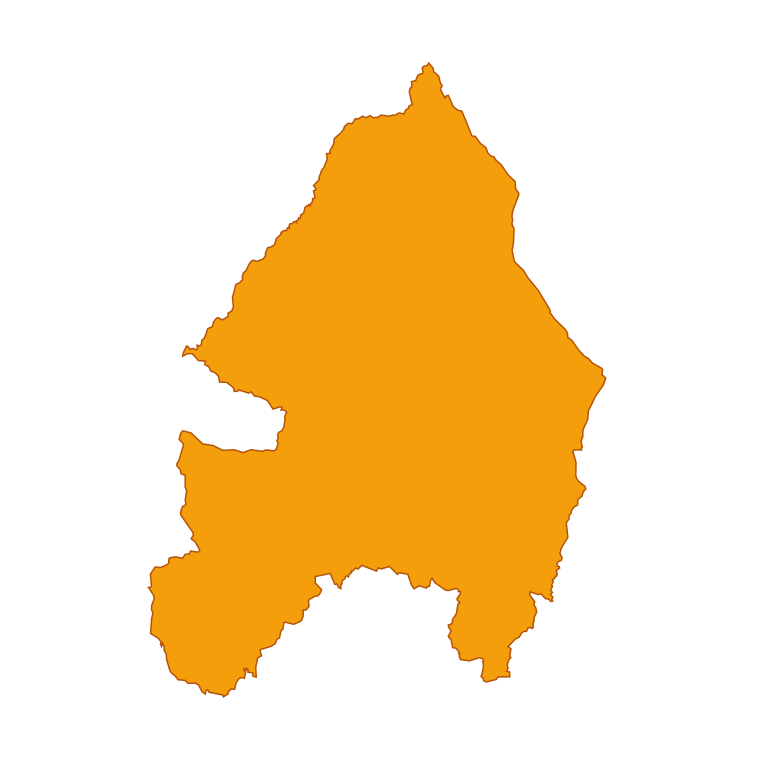 the district of Wonosobo, Jawa Tengah, Indonesia, rotated 4°
{"feature_id": "22746128B92173297199140", "entity_name": "Wonosobo", "entity_type": "district", "adm_level": 2, "iso_a3": "IDN", "parent_name": "Indonesia", "parent_adm1": "Jawa Tengah", "projection": "natural_earth1", "projection_center": [109.905, -7.4], "detail": "fine", "context": "isolated", "style": "filled", "palette": "amber", "viewbox_px": 768, "rotation_deg": 4, "n_neighbors": 0, "source": "geoboundaries", "source_scale": "gbopen_adm2", "svg_char_len": 6146}
<svg xmlns="http://www.w3.org/2000/svg" viewBox="0 0 768 768"><g transform="rotate(4 384 384)"><path d="M182.9,478.4L183.3,480.4L186.6,483.4L187.9,487.8L192.0,488.9L192.9,500.7L194.6,504.2L193.8,513.6L194.8,518.1L191.6,520.4L190.6,523.3L190.0,527.1L190.8,529.4L203.9,545.6L204.4,548.1L202.4,551.8L206.7,554.7L211.9,562.4L210.1,564.8L202.7,564.1L201.7,567.0L197.5,567.8L195.2,571.9L188.3,570.9L182.7,572.3L181.7,573.1L181.6,577.7L180.4,579.3L173.9,582.7L168.4,582.5L164.2,590.1L166.1,601.6L165.7,603.0L163.2,603.4L168.7,610.5L169.8,614.0L167.8,620.8L167.8,625.2L169.5,628.8L168.6,633.9L168.5,649.2L176.3,653.2L179.7,656.9L179.2,659.1L180.4,661.4L181.1,658.1L183.0,661.2L183.2,664.8L185.7,669.0L186.4,674.2L190.1,684.0L192.1,687.2L196.0,689.7L199.1,693.4L206.1,693.5L209.4,696.3L216.7,695.6L220.0,697.2L223.9,703.5L227.3,705.8L228.0,701.9L229.7,701.4L231.0,703.7L244.5,705.4L245.7,707.3L250.1,703.9L250.4,701.6L252.9,698.8L256.3,699.0L257.2,692.8L259.6,688.3L262.1,686.8L265.2,687.3L266.1,680.8L263.8,678.8L264.0,677.8L267.0,677.4L266.3,679.1L268.1,678.2L268.4,681.0L273.2,681.4L273.7,684.7L277.0,685.2L275.8,675.7L277.2,665.9L280.8,663.7L279.0,658.8L279.5,657.5L289.9,653.4L293.6,650.6L295.0,646.1L297.4,644.7L298.4,637.6L300.3,635.5L300.8,629.2L302.3,628.5L310.7,630.0L317.8,626.2L319.4,622.1L319.5,617.2L318.7,616.0L319.9,614.8L321.6,615.2L324.7,611.3L323.8,605.6L324.5,604.2L330.1,600.4L333.1,599.9L335.2,596.5L336.1,593.6L329.3,587.3L328.9,580.9L343.5,576.7L348.9,587.2L351.0,586.8L352.8,590.1L355.2,591.2L354.9,587.4L356.0,586.4L356.0,583.2L358.7,580.8L358.9,578.7L360.7,578.1L361.9,579.0L362.8,576.0L364.9,574.5L364.1,573.1L366.2,572.5L368.7,569.5L371.0,570.4L374.5,566.4L389.4,571.2L391.3,567.7L394.1,568.7L402.3,565.7L410.6,573.0L412.2,571.2L421.0,572.1L425.6,582.9L428.3,586.2L433.4,582.8L440.4,584.7L441.4,583.0L443.5,582.7L444.2,576.7L445.5,574.5L448.6,578.6L459.4,585.2L462.4,585.6L470.3,582.9L472.5,584.1L472.8,585.9L474.6,585.7L475.0,587.4L471.8,593.1L472.5,594.9L475.1,596.7L473.1,598.3L472.2,608.2L468.9,614.0L468.6,618.3L465.0,619.9L465.4,622.1L468.1,625.5L465.7,631.4L468.8,634.6L470.9,642.2L474.2,642.5L477.6,646.1L477.1,647.6L478.4,648.2L478.0,650.3L479.5,653.5L488.5,654.2L497.6,650.5L501.5,651.0L502.7,653.0L501.7,654.1L502.6,655.7L502.8,661.3L501.3,669.2L503.5,670.8L503.9,672.9L506.9,674.1L516.6,670.9L517.7,668.8L519.6,668.1L529.9,667.3L529.4,662.5L526.3,662.0L527.7,658.8L526.4,655.8L527.8,650.3L529.6,648.0L528.4,647.0L529.1,639.3L526.1,637.4L532.6,629.4L536.6,627.0L538.7,622.7L541.1,620.8L543.4,620.9L544.6,617.3L547.6,616.6L548.8,617.6L550.0,615.9L549.1,612.4L550.1,611.3L550.2,606.0L552.2,601.0L551.1,596.8L548.9,593.7L549.6,590.7L544.3,584.5L544.1,581.1L552.5,583.3L555.1,582.3L560.2,586.9L563.3,587.1L565.5,589.3L567.5,588.8L566.3,586.9L567.4,585.0L564.8,582.2L566.6,580.1L564.5,578.2L566.2,574.1L565.2,573.0L566.6,569.3L565.8,566.9L567.8,566.2L568.2,563.9L569.4,563.8L570.1,561.7L568.8,557.8L572.0,555.6L571.6,554.0L569.5,553.4L569.1,551.1L570.6,548.7L573.2,547.6L573.8,544.8L571.3,540.8L572.4,535.1L578.1,524.1L575.5,509.8L577.9,505.9L577.8,502.4L579.6,499.8L579.9,497.0L581.8,493.8L585.6,491.1L585.4,485.6L589.3,482.1L590.3,477.5L592.7,474.8L591.5,472.0L584.6,467.3L582.8,465.0L581.7,461.7L581.0,448.8L577.1,438.1L578.6,436.5L585.7,436.0L585.0,434.9L586.3,433.1L584.4,427.1L585.3,425.7L584.8,424.2L586.0,423.3L585.6,417.5L586.5,413.4L589.7,405.1L589.7,396.9L596.2,380.7L602.9,369.7L604.8,362.6L600.7,359.4L601.1,354.4L600.0,353.1L590.8,348.8L586.2,344.4L582.0,342.3L576.0,336.8L568.4,327.5L564.2,324.7L563.4,320.3L561.2,317.1L549.9,307.5L544.4,300.9L545.0,300.2L543.5,297.2L531.7,280.3L520.1,267.9L515.3,261.1L505.5,252.7L502.5,242.0L503.3,233.9L502.9,219.9L500.4,215.6L500.9,211.7L499.9,207.8L500.4,202.1L505.2,186.1L505.0,184.0L501.8,180.4L500.7,172.9L493.0,166.5L485.5,157.0L480.1,152.9L477.8,149.7L475.0,149.2L471.7,146.6L469.1,141.1L463.0,137.0L457.7,130.5L455.1,130.8L454.1,129.8L442.7,106.4L438.1,105.6L433.8,102.4L427.9,91.6L425.6,92.5L424.8,94.5L420.1,86.9L419.8,85.2L421.3,82.5L419.2,79.5L417.0,72.9L411.9,69.1L410.8,65.3L406.3,60.7L404.7,63.4L401.4,64.3L400.1,66.0L401.1,69.7L400.5,72.1L398.4,72.1L396.1,73.8L394.6,79.0L390.3,80.5L391.1,85.3L389.4,87.2L388.8,90.6L392.6,103.4L389.7,104.7L389.1,107.1L386.3,109.4L385.3,113.1L379.9,112.6L375.8,115.5L374.2,115.0L370.7,116.5L362.4,115.9L359.3,118.3L355.1,119.2L351.5,117.3L347.3,119.7L344.0,118.3L339.6,121.5L336.9,121.2L334.1,126.5L330.0,126.5L326.4,130.1L326.3,132.0L323.6,136.3L317.3,142.6L317.1,148.0L313.7,155.2L314.4,157.5L310.6,158.2L311.7,163.6L308.9,172.4L307.0,174.8L304.7,182.8L305.0,184.7L299.9,191.0L302.6,194.0L302.4,195.2L300.2,196.2L302.1,202.4L301.8,203.7L299.9,204.0L299.8,207.3L298.2,209.4L298.2,211.0L297.6,211.5L296.4,210.3L292.9,213.2L291.9,219.1L289.2,221.1L288.9,224.5L287.2,224.3L286.9,226.3L285.0,227.4L285.6,229.2L282.8,228.2L281.3,230.4L278.9,230.9L278.1,233.6L278.9,235.2L276.7,235.0L276.1,237.7L273.2,238.0L270.7,240.1L271.2,241.2L266.4,246.6L265.1,252.7L261.0,255.6L258.7,255.9L256.7,261.1L256.7,264.7L254.5,267.9L248.5,270.6L245.3,269.6L243.2,270.5L241.1,273.8L238.4,280.7L236.1,282.8L235.0,287.1L235.9,289.5L232.4,293.4L229.4,294.9L226.8,308.0L228.4,317.7L226.9,322.0L223.6,324.0L223.6,327.5L218.5,331.3L213.8,329.4L212.2,330.3L209.6,333.8L208.9,338.6L204.3,341.1L201.8,350.5L199.2,353.0L199.0,357.6L197.3,358.8L194.8,358.3L195.5,360.6L194.5,363.1L191.1,361.9L187.5,362.8L186.2,360.5L184.4,359.9L181.6,367.0L181.2,370.4L185.8,367.4L190.6,367.2L197.3,373.6L204.1,373.6L203.9,377.1L208.2,379.1L209.9,382.9L214.8,384.6L218.4,387.8L219.9,393.5L226.9,393.3L233.9,398.0L235.1,401.8L238.4,401.5L239.8,400.1L249.6,402.5L252.1,401.0L255.7,405.2L260.8,405.4L268.8,408.6L275.1,416.8L281.6,414.1L284.1,414.4L283.1,417.2L286.5,416.9L288.8,419.0L287.1,423.4L287.8,425.6L287.1,434.0L285.1,438.1L282.2,439.7L281.4,442.6L282.3,445.3L281.1,448.3L282.6,450.1L281.0,456.8L278.8,458.3L270.7,458.0L267.8,459.6L255.8,458.9L248.2,462.2L239.2,460.1L227.8,461.4L217.7,457.3L207.5,456.5L195.0,446.3L186.5,444.7L184.5,447.7L183.5,453.5L187.7,457.4L188.2,459.0L184.9,474.0L182.9,478.4Z" fill="#f59e0b" stroke="#b45309" stroke-width="1.5"/></g></svg>